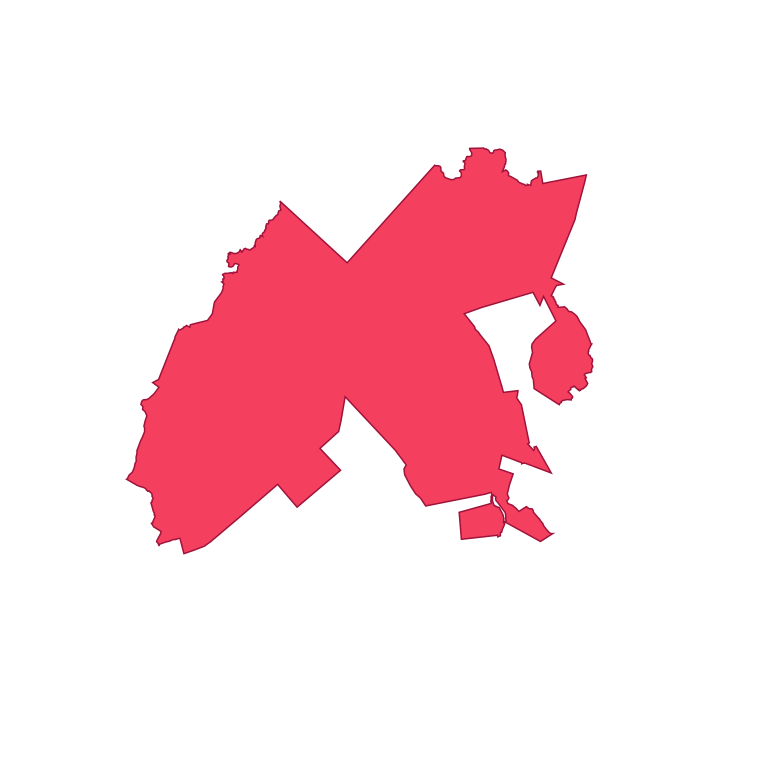 outline of Coronado, Chihuahua, Mexico, rotated 154°
{"feature_id": "50627088B73123540840509", "entity_name": "Coronado", "entity_type": "district", "adm_level": 2, "iso_a3": "MEX", "parent_name": "Mexico", "parent_adm1": "Chihuahua", "projection": "orthographic", "projection_center": [-105.103, 26.672], "detail": "fine", "context": "isolated", "style": "filled", "palette": "rose", "viewbox_px": 768, "rotation_deg": 154, "n_neighbors": 0, "source": "geoboundaries", "source_scale": "gbopen_adm2", "svg_char_len": 6171}
<svg xmlns="http://www.w3.org/2000/svg" viewBox="0 0 768 768"><g transform="rotate(154 384 384)"><path d="M200.7,295.2L200.8,301.0L199.4,300.9L199.9,304.6L198.5,305.0L195.1,304.5L193.5,303.8L191.9,304.0L191.4,305.6L190.7,306.6L188.7,308.0L188.4,311.3L186.7,312.9L185.9,314.5L185.8,315.7L186.6,317.2L186.3,319.2L187.0,320.0L187.3,321.7L186.3,323.2L185.6,323.6L185.5,324.7L182.2,327.1L181.5,328.1L180.3,328.3L179.9,328.8L180.2,328.8L180.3,329.5L179.0,344.6L180.7,353.7L180.9,360.1L182.0,363.1L183.5,366.1L184.5,367.3L185.7,367.7L186.6,370.0L186.4,370.7L187.8,374.2L192.7,376.0L194.0,376.9L193.2,377.9L193.3,378.5L193.8,378.9L194.2,380.7L193.6,382.7L193.9,383.9L193.6,385.2L194.2,386.4L193.6,387.2L193.9,388.5L195.0,390.0L187.8,395.6L185.5,396.9L178.9,395.0L187.2,406.1L140.4,447.9L135.7,453.8L114.9,477.7L110.5,483.2L153.4,494.6L149.8,506.7L152.6,507.9L153.1,507.4L152.3,506.2L153.3,505.9L153.2,505.1L153.9,503.8L155.9,502.1L157.4,502.6L162.1,502.1L163.2,501.1L164.8,498.5L165.2,498.2L167.6,500.6L167.8,500.1L169.7,500.1L170.1,501.7L171.4,502.7L174.4,506.2L174.8,508.6L178.9,514.6L180.5,516.4L180.7,517.0L179.5,518.9L179.4,519.5L180.1,522.2L180.7,523.0L184.4,523.0L180.2,526.8L179.6,528.1L178.3,528.5L176.0,532.1L175.0,536.5L173.6,538.7L174.8,542.1L176.9,544.3L180.3,545.0L181.6,545.6L183.0,545.6L184.2,544.2L184.9,543.9L187.3,545.1L187.7,548.5L189.2,550.6L190.3,550.7L190.9,552.3L203.7,558.2L204.2,557.3L203.8,553.6L204.7,551.5L205.9,550.7L206.7,550.6L209.8,552.1L211.2,551.0L212.4,549.6L213.4,549.3L214.8,549.8L215.3,549.1L214.6,548.2L214.5,547.1L215.0,545.8L216.3,544.6L217.4,541.8L218.1,541.6L221.2,542.9L222.4,542.7L222.7,542.2L222.1,540.8L222.2,539.2L223.4,537.0L225.2,536.1L229.4,537.7L231.5,537.2L232.7,537.6L234.8,538.8L237.8,541.9L238.9,543.7L238.9,545.1L238.1,547.3L239.4,550.6L238.1,553.4L238.1,554.8L239.3,556.2L242.1,557.7L242.5,558.4L364.0,509.1L397.4,594.1L397.7,591.7L399.6,589.5L400.5,585.4L402.5,585.7L403.1,585.5L405.0,583.0L407.4,582.6L409.6,581.7L411.8,580.4L414.3,580.8L415.3,581.5L416.3,581.0L416.9,579.6L417.7,578.7L419.4,579.4L421.6,576.8L421.8,575.4L423.2,574.9L424.2,574.0L424.5,573.3L426.4,573.0L427.4,572.4L428.5,571.0L428.4,570.0L430.1,571.7L431.7,569.9L432.3,569.7L434.0,570.2L435.5,569.8L437.9,567.3L439.3,564.4L439.6,565.3L440.1,565.1L440.4,564.3L441.3,563.8L444.6,563.5L445.3,563.1L445.9,563.2L447.2,564.7L448.3,565.3L449.1,566.7L450.9,566.7L453.2,565.0L453.7,564.9L454.2,565.1L453.9,565.8L454.4,567.7L454.9,567.4L455.1,566.9L456.2,566.3L459.2,566.0L460.2,566.3L462.2,567.5L463.8,569.3L464.8,569.9L465.4,569.9L465.6,569.5L465.0,568.7L465.4,568.2L466.1,568.4L466.6,569.3L467.1,569.2L467.0,568.1L468.4,567.1L468.9,565.2L471.2,563.7L471.4,562.5L470.5,560.7L470.9,559.6L472.2,557.8L471.1,556.6L469.5,556.0L467.9,556.1L465.4,557.6L464.6,557.3L462.2,555.2L462.2,554.5L464.1,553.3L465.4,550.9L466.7,549.9L467.0,549.0L468.5,549.3L470.2,550.5L470.7,550.4L471.3,549.6L472.5,551.0L476.5,552.2L478.4,553.2L481.0,553.2L481.3,552.9L480.7,551.2L481.4,549.3L482.0,548.7L482.9,549.0L483.7,546.6L485.1,546.9L484.0,544.0L485.9,542.3L486.7,540.4L490.0,537.3L500.4,532.0L507.6,522.3L514.8,518.5L532.0,522.2L533.6,520.2L536.0,523.3L536.9,522.8L539.2,522.9L540.2,522.2L543.4,522.0L544.6,522.4L544.6,523.0L550.8,518.3L553.1,515.3L553.4,515.4L584.6,486.9L591.3,486.7L587.7,479.8L594.7,476.1L601.5,474.1L603.6,473.9L607.4,475.3L609.4,474.6L611.5,472.0L610.8,470.6L610.7,469.1L612.2,466.9L610.9,464.2L611.0,460.3L611.3,459.1L614.9,455.5L618.3,451.3L618.5,449.3L620.1,446.1L625.5,441.2L627.3,440.0L635.2,432.5L636.4,430.0L638.8,427.1L640.7,422.9L642.1,422.2L645.6,417.8L649.0,415.0L652.8,414.0L656.5,411.2L657.1,411.2L650.3,401.1L647.4,398.0L646.5,397.5L644.8,395.6L644.1,394.5L644.0,392.7L643.4,392.1L643.4,391.2L641.8,390.5L641.8,389.8L640.9,387.9L640.9,386.5L641.8,384.5L641.5,382.5L643.6,381.0L643.9,379.9L645.5,379.5L647.2,370.1L646.9,368.5L647.7,367.6L647.9,366.8L647.5,366.2L647.7,365.9L648.2,364.9L651.9,361.8L652.3,360.8L654.1,360.8L653.6,356.6L649.0,349.2L650.2,347.6L657.3,342.4L657.5,341.7L656.9,340.3L657.1,336.8L656.6,338.4L656.2,338.4L649.6,337.7L646.0,336.8L641.8,336.6L639.8,335.7L635.9,335.1L635.1,334.6L638.2,319.2L626.1,317.8L616.5,317.0L608.9,318.3L569.9,328.2L523.6,340.4L516.1,311.4L460.9,325.5L469.8,354.2L445.6,361.2L438.9,369.6L424.5,389.6L402.9,319.5L399.5,301.5L403.3,298.9L405.2,293.3L404.9,281.0L403.7,271.3L401.2,265.5L400.0,256.1L341.2,240.6L335.3,239.7L335.5,237.4L337.4,235.5L337.8,234.0L339.5,231.7L339.4,230.8L340.2,229.7L372.7,235.7L382.5,210.5L348.3,198.3L348.7,196.7L345.9,196.6L344.4,199.6L343.3,199.2L341.0,201.8L337.6,204.6L336.6,206.0L337.4,206.9L335.3,210.5L334.4,214.2L334.6,222.4L336.9,224.6L336.7,224.7L338.3,226.7L337.7,231.5L335.8,235.3L334.5,236.4L332.9,233.4L334.2,231.7L334.4,229.7L333.9,228.5L331.4,215.2L332.6,211.5L333.7,209.7L334.2,207.4L334.6,207.1L335.8,207.6L335.5,206.6L312.4,173.9L297.9,175.6L299.6,176.4L300.2,177.4L300.9,178.8L302.0,183.1L302.7,186.9L302.4,188.8L303.2,192.0L303.5,194.9L303.8,195.2L305.9,203.2L305.4,204.6L305.5,206.7L307.6,207.9L308.6,209.0L309.8,211.4L318.6,210.3L319.5,213.0L319.5,213.6L321.7,218.6L325.0,222.2L324.9,225.2L322.8,225.9L321.7,226.9L321.5,228.7L321.7,229.3L321.4,231.1L315.5,238.3L307.3,246.6L318.0,257.3L309.2,268.3L294.9,253.0L295.1,251.9L294.6,252.1L291.9,251.0L272.7,230.7L274.5,261.1L276.8,261.5L277.0,260.0L278.6,258.7L281.1,267.1L279.3,267.4L269.6,305.1L270.8,313.0L270.7,313.8L269.3,315.0L266.5,319.3L280.3,324.1L279.3,329.7L278.9,330.6L279.1,331.1L278.8,332.6L274.6,357.5L272.9,372.3L276.1,386.5L276.4,389.0L278.0,393.2L277.5,395.7L281.1,412.0L262.8,410.0L209.9,401.1L209.4,386.3L202.2,392.8L201.8,365.3L227.7,358.0L233.3,355.1L235.1,352.6L236.7,347.2L244.6,338.4L245.8,334.6L245.9,330.3L247.8,325.2L247.7,322.9L250.6,315.2L251.1,314.5L250.7,313.4L235.6,288.6L234.4,289.5L232.7,289.7L232.3,290.5L230.3,290.8L226.0,289.6L222.8,287.6L221.9,288.8L221.1,288.8L220.3,289.4L220.0,290.1L221.0,294.2L222.0,296.1L221.7,296.5L218.5,297.2L218.0,298.5L217.2,298.8L216.1,298.8L215.1,298.4L214.2,298.9L211.8,293.2L211.3,293.4L211.2,292.2L209.9,292.3L209.1,292.9L207.1,292.5L204.0,293.2L202.5,293.8L200.7,295.2Z" fill="#f43f5e" stroke="#9f1239" stroke-width="1.5"/></g></svg>